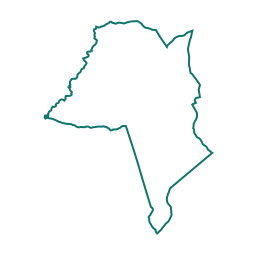 Juti, Mato Grosso do Sul, Brazil (orthographic projection), rotated 86°
{"feature_id": "56859067B65010940731000", "entity_name": "Juti", "entity_type": "district", "adm_level": 2, "iso_a3": "BRA", "parent_name": "Brazil", "parent_adm1": "Mato Grosso do Sul", "projection": "orthographic", "projection_center": [-54.491, -22.818], "detail": "fine", "context": "isolated", "style": "outline", "palette": "teal", "viewbox_px": 256, "rotation_deg": 86, "n_neighbors": 0, "source": "geoboundaries", "source_scale": "gbopen_adm2", "svg_char_len": 4362}
<svg xmlns="http://www.w3.org/2000/svg" viewBox="0 0 256 256"><g transform="rotate(86 128 128)"><path d="M111.7,210.3L112.8,209.8L112.3,208.4L111.0,208.0L111.8,207.0L112.6,206.6L113.0,205.2L113.3,203.8L113.7,202.5L114.3,201.3L114.7,200.4L116.3,197.6L117.0,196.5L117.3,195.2L118.1,193.9L118.6,192.4L118.9,191.1L119.3,189.8L119.7,188.4L119.9,186.6L120.1,185.1L120.3,184.1L121.1,183.1L121.3,181.9L121.7,180.9L122.7,179.8L123.7,178.1L123.9,176.8L123.7,175.1L124.0,173.2L124.0,172.2L124.2,171.1L123.7,169.7L123.8,167.6L124.8,166.0L125.3,164.7L124.8,163.1L124.8,161.2L124.6,159.5L124.5,158.2L124.6,156.7L124.7,155.3L124.8,153.7L124.6,152.1L125.2,151.0L125.4,149.5L126.4,148.4L127.1,147.0L128.3,146.3L129.1,145.4L129.1,144.2L128.5,143.2L128.6,141.1L128.4,139.2L127.8,137.3L127.4,136.1L126.6,135.0L125.7,133.4L125.7,132.0L125.9,130.0L151.2,123.6L153.1,123.2L156.4,122.4L162.9,120.9L172.0,118.9L178.4,117.5L194.7,113.8L196.9,113.3L208.5,110.6L209.1,109.8L210.1,109.0L211.1,108.9L212.2,109.1L213.1,109.7L214.2,110.5L215.5,111.4L216.6,112.0L217.4,113.0L218.4,113.7L219.4,113.2L220.9,113.2L222.2,113.2L223.3,113.1L224.7,112.5L226.0,111.7L227.0,111.4L227.9,110.8L228.8,110.3L229.6,109.7L230.5,108.7L231.5,107.6L233.3,107.6L234.1,107.0L235.2,106.3L234.3,105.1L233.5,104.4L232.7,103.1L231.8,102.1L230.5,101.0L228.7,99.4L227.7,98.4L226.6,97.5L225.9,96.8L225.3,96.0L224.4,94.7L223.5,93.9L222.4,93.1L221.1,92.4L220.0,91.7L218.4,90.9L217.0,90.5L215.2,90.8L213.9,90.6L212.1,90.8L210.3,90.7L209.0,91.3L207.8,92.1L206.4,93.2L205.2,93.8L203.7,94.2L201.8,94.2L200.4,94.0L199.4,93.7L198.3,93.3L197.1,92.9L195.7,92.2L194.4,91.6L193.1,91.1L192.0,90.6L190.9,90.0L158.7,45.7L158.0,46.7L156.7,47.9L155.1,49.8L153.5,50.3L152.1,51.2L151.1,52.3L150.3,53.4L149.4,54.5L148.0,55.1L146.9,55.4L145.7,56.0L144.6,56.5L143.4,57.5L142.7,58.7L142.0,59.8L140.7,60.5L139.2,61.2L138.1,62.0L136.4,62.3L134.9,62.2L133.7,62.4L132.8,63.0L131.4,62.6L129.6,62.3L128.4,62.2L127.1,61.3L125.7,60.7L124.5,59.7L123.2,59.1L121.9,58.5L120.2,58.2L118.7,58.2L117.2,58.4L109.2,62.3L108.4,61.3L108.3,60.3L107.6,58.5L105.6,59.6L104.2,59.1L103.3,58.6L102.8,57.8L102.5,55.5L102.1,54.1L100.2,54.3L97.5,54.5L94.5,54.8L92.0,53.9L90.2,53.2L88.5,54.0L86.1,55.5L82.4,57.8L78.6,60.3L77.5,61.7L75.7,62.0L74.5,62.1L71.2,62.4L69.6,62.8L67.8,62.6L63.1,62.2L61.4,62.0L59.0,62.2L56.1,62.5L53.5,62.7L51.6,62.2L50.2,61.8L46.7,60.8L43.6,59.8L42.1,58.9L41.0,58.6L39.4,58.2L37.6,57.7L35.4,57.0L37.0,62.2L38.0,63.8L38.9,64.5L39.4,65.4L39.8,66.9L39.9,68.1L39.8,70.4L40.1,71.5L40.4,72.6L41.0,74.0L42.0,75.7L43.5,76.8L44.3,77.6L45.0,78.6L45.7,79.5L46.4,80.5L47.3,81.6L48.4,82.9L49.8,83.5L38.7,90.1L36.6,91.1L32.1,93.4L32.0,95.1L31.7,96.7L31.3,97.7L30.5,99.2L29.9,100.6L29.6,101.6L29.1,103.7L28.3,104.7L27.4,105.6L26.1,106.6L25.0,107.2L24.1,108.2L23.2,109.4L22.3,110.8L21.9,112.0L22.0,113.6L21.9,116.2L22.0,117.9L22.2,119.5L22.4,121.0L22.7,122.1L23.2,123.5L23.4,125.1L23.0,126.2L22.4,128.7L22.3,130.3L22.5,131.5L23.0,132.3L23.0,133.5L22.3,134.9L22.0,136.3L20.9,137.1L20.8,138.4L21.8,139.8L22.5,141.2L22.9,142.4L23.6,143.5L24.3,144.3L24.6,145.5L24.9,146.8L25.1,148.2L25.7,149.1L25.6,150.4L25.3,151.7L24.7,152.6L26.5,152.9L27.1,153.8L27.2,154.9L28.3,155.3L29.3,155.1L30.2,154.7L31.2,154.3L32.2,154.9L33.4,155.0L34.5,154.6L36.1,155.3L37.3,154.1L38.0,153.1L38.9,153.0L39.8,153.4L40.8,153.5L41.6,154.1L42.9,155.3L43.7,156.7L44.7,157.6L45.5,158.2L46.4,158.4L47.3,159.1L48.5,158.7L49.1,159.9L48.9,161.6L49.4,163.3L50.7,163.7L51.4,163.0L52.6,162.1L53.6,162.3L54.2,163.2L54.6,164.4L55.0,165.7L55.2,166.8L55.5,167.8L56.9,167.3L58.2,166.5L59.2,165.5L60.2,164.8L61.5,165.3L62.2,166.0L62.9,166.8L63.8,167.6L65.1,167.9L65.6,169.0L66.0,170.0L67.1,170.8L68.4,171.2L69.1,171.9L69.7,172.8L70.6,174.1L72.0,174.9L73.5,175.1L74.5,175.7L75.3,176.9L75.1,178.2L75.0,179.2L75.2,180.7L76.5,181.8L77.6,182.5L79.1,182.9L80.6,182.5L81.5,183.5L82.3,182.6L83.3,182.8L83.4,184.3L84.4,183.6L85.3,183.3L86.2,183.1L87.2,182.5L88.3,181.5L89.4,182.1L90.9,181.9L91.8,183.2L91.8,185.0L91.8,186.4L91.8,187.9L92.9,188.2L93.9,188.2L94.8,188.4L96.2,189.7L95.4,190.4L94.9,192.1L95.1,193.3L95.7,194.2L96.7,195.1L98.1,195.6L98.5,197.5L99.6,198.4L100.9,198.3L101.5,199.2L101.9,200.4L101.4,201.5L102.4,202.5L103.7,203.1L105.0,203.3L105.7,204.8L106.3,205.5L107.3,206.2L108.3,206.7L109.3,206.6L110.3,206.8L109.7,208.3L110.0,210.1L111.7,210.3Z" fill="none" stroke="#0f766e" stroke-width="2"/></g></svg>